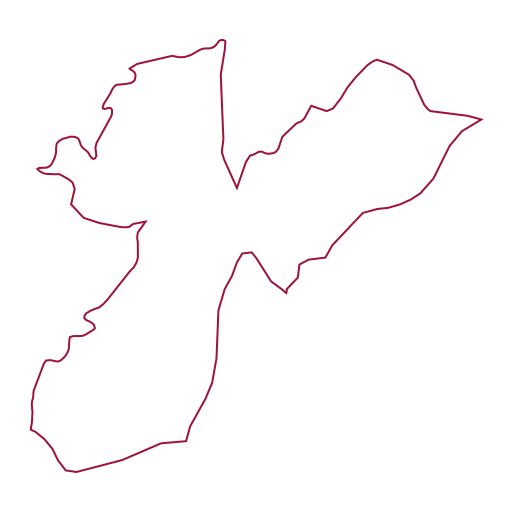 the border of An Nabatiyah
{"feature_id": "LBN-3059", "entity_name": "An Nabatiyah", "entity_type": "Province", "adm_level": 1, "iso_a3": "LBN", "parent_name": "Lebanon", "parent_adm1": "", "projection": "orthographic", "projection_center": [35.465, 33.278], "detail": "fine", "context": "isolated", "style": "outline", "palette": "rose", "viewbox_px": 512, "rotation_deg": 0, "n_neighbors": 0, "source": "natural_earth", "source_scale": "10m", "svg_char_len": 2715}
<svg xmlns="http://www.w3.org/2000/svg" viewBox="0 0 512 512"><path d="M281.4,289.0L271.1,281.4L256.4,258.2L251.7,252.4L242.2,253.5L236.8,262.7L232.0,275.9L224.7,289.1L218.4,310.5L216.5,358.3L212.1,383.0L205.2,399.3L190.1,426.4L186.1,441.2L161.1,443.3L122.3,460.0L76.4,472.0L65.7,470.4L58.1,460.5L52.5,449.0L44.5,439.2L35.4,431.8L30.7,429.6L31.9,422.6L32.5,411.6L32.1,409.1L31.8,403.9L32.0,401.7L33.2,397.2L33.4,392.7L33.7,390.6L43.7,364.1L45.9,360.6L50.3,360.1L56.5,361.4L58.5,361.4L60.1,360.7L61.5,359.8L65.3,356.1L67.3,352.9L68.8,349.2L69.4,339.4L70.2,336.9L73.6,336.1L81.1,336.0L83.4,335.6L85.9,334.4L93.8,329.5L94.9,328.1L93.8,324.6L92.0,323.0L89.9,321.6L87.8,320.8L85.8,319.7L84.3,318.1L84.5,315.9L86.0,313.5L90.6,310.7L93.8,309.3L99.1,307.4L103.0,304.4L107.5,299.6L130.0,271.1L133.7,267.4L136.4,262.7L137.9,257.6L137.8,241.8L137.1,237.9L137.8,232.5L145.6,221.6L133.0,224.0L129.4,226.8L126.1,227.3L120.8,227.1L99.4,223.0L83.7,217.9L71.1,204.4L74.7,189.0L72.7,182.8L70.7,180.9L68.6,179.3L59.9,174.4L57.8,174.1L55.6,174.3L46.6,173.9L44.3,173.5L42.1,172.6L39.9,171.3L38.2,169.9L37.4,169.0L39.1,168.0L46.7,167.6L49.7,166.2L52.1,163.4L54.8,157.3L55.8,153.9L56.2,151.1L56.0,149.9L56.3,145.7L56.8,143.5L58.9,141.1L62.8,138.8L71.0,136.6L75.2,137.0L78.1,138.4L79.3,140.6L80.8,144.9L81.8,146.8L83.6,148.6L87.3,151.6L88.7,153.3L89.6,155.0L91.5,157.8L93.2,158.9L95.0,158.4L96.4,155.9L95.4,147.6L96.6,142.9L111.2,116.3L111.9,114.1L112.1,111.7L111.9,109.6L110.7,108.1L108.9,107.8L104.7,109.0L103.0,108.5L102.7,107.0L103.8,103.9L110.4,93.3L112.2,89.4L114.3,86.4L116.5,84.8L125.7,84.0L130.8,83.0L132.9,81.9L134.8,80.0L135.6,75.3L134.7,72.6L132.8,70.8L130.8,69.8L129.6,68.5L137.3,63.9L172.3,55.8L178.5,57.2L183.6,57.1L186.1,56.6L190.8,55.0L199.8,49.9L202.0,49.0L204.6,48.5L209.2,48.4L211.4,48.0L213.6,47.1L215.6,45.4L217.1,43.6L218.9,41.2L219.0,41.0L221.1,40.0L222.9,40.0L224.4,40.6L225.0,41.0L225.3,41.2L225.4,41.4L224.8,49.6L220.9,73.6L220.8,76.2L223.4,139.1L221.8,152.1L224.3,160.0L236.9,188.0L245.9,162.1L250.0,155.6L253.4,154.6L255.0,153.9L257.7,152.3L259.3,151.7L261.0,151.6L262.8,152.0L264.3,152.8L266.3,153.5L268.8,153.8L273.4,153.1L276.1,151.6L278.1,149.1L278.9,147.1L282.4,136.7L296.4,123.4L301.2,121.4L304.4,118.4L311.2,105.8L326.6,111.1L332.9,108.6L340.8,98.4L347.5,87.4L356.2,76.7L367.3,65.3L372.8,61.4L376.8,59.7L392.6,65.0L409.1,74.8L413.7,80.8L416.2,87.7L424.1,104.6L427.5,108.8L430.4,111.1L467.6,115.8L480.7,119.3L481.3,119.5L461.9,131.2L449.5,146.1L433.4,178.6L420.3,193.4L410.7,199.6L399.5,204.6L387.9,207.9L377.2,209.0L362.9,212.9L332.2,245.4L325.4,257.6L308.4,259.7L299.4,264.6L297.8,277.6L286.9,289.0L286.4,292.9L286.3,293.1L281.6,289.1L281.4,289.0Z" fill="none" stroke="#9f1239" stroke-width="2"/></svg>